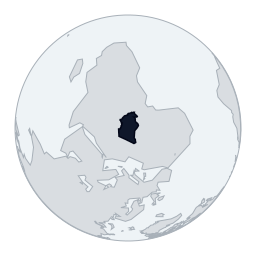 globe centered on Chad, rotated 178°
{"feature_id": "TCD", "entity_name": "Chad", "entity_type": "country or territory", "adm_level": 0, "iso_a3": "TCD", "parent_name": "Africa", "parent_adm1": "", "projection": "orthographic", "projection_center": [18.978, 15.46], "detail": "fine", "context": "on_globe", "style": "filled", "palette": "ink", "viewbox_px": 256, "rotation_deg": 178, "n_neighbors": 0, "source": "natural_earth", "source_scale": "50m", "svg_char_len": 10933}
<svg xmlns="http://www.w3.org/2000/svg" viewBox="0 0 256 256"><g transform="rotate(178 128 128)"><circle cx="128" cy="128" r="113" fill="#eef3f6" stroke="#a8b0b8"/><path d="M100.5,18.8L93.8,20.7L95.3,20.3L91.1,21.8L91.2,22.0L88.6,22.9L91.0,22.4L93.4,21.5L95.2,21.1L95.5,21.2L92.2,22.3L91.6,22.4L90.8,22.8L89.0,23.3L90.1,23.2L86.1,24.6L90.5,23.5L87.7,24.9L84.9,25.9L84.7,25.4L77.7,27.4L74.8,28.8L71.0,30.9L64.9,35.6L61.9,37.5L58.3,40.5L60.1,39.4L63.6,36.8L66.2,35.8L70.2,33.1L71.8,32.5L76.1,30.1L76.0,31.1L73.5,33.4L69.9,35.5L68.8,36.7L72.6,35.3L66.4,40.3L63.0,45.7L61.3,47.2L57.3,48.2L56.2,46.1L50.9,48.8L54.8,47.8L50.6,52.0L50.1,53.1L50.7,53.5L52.5,52.3L51.1,54.1L46.8,55.4L47.9,53.8L49.3,53.3L48.7,52.5L45.7,54.0L43.8,56.3L41.4,57.1L39.9,58.9L38.6,60.3L41.0,57.3L36.7,62.9L33.7,66.4L38.5,59.6L43.9,53.1L49.7,47.0L55.9,41.4L62.6,36.3L69.6,31.7L77.0,27.6L84.6,24.1L92.5,21.1L100.5,18.8ZM17.7,104.9L18.0,104.2L16.8,110.5L17.9,105.7L17.4,109.6L18.7,112.5L18.3,113.7L19.2,123.9L22.2,130.1L22.9,135.5L22.4,138.0L23.9,139.9L23.9,141.8L31.6,148.9L37.0,155.8L37.9,162.4L35.3,168.2L37.6,182.5L34.2,184.5L36.5,190.0L39.2,196.7L36.8,194.0L40.7,199.1L41.6,200.2L36.4,193.5L31.7,186.5L27.6,179.1L24.0,171.4L21.1,163.4L18.7,155.3L17.0,147.0L15.9,138.6L15.4,130.2L15.5,121.7L16.3,113.3L17.7,104.9ZM24.0,84.8L22.5,88.8L22.7,88.1L24.0,84.8ZM28.0,76.2L28.4,75.4L28.2,75.8L28.0,76.2ZM75.8,29.8L75.9,30.0L75.1,30.3L75.8,29.8ZM77.6,28.8L76.6,29.1L77.2,28.6L77.9,28.4L77.6,28.8ZM78.8,28.6L78.6,27.8L79.8,27.1L83.3,25.9L78.8,28.6ZM94.0,21.2L91.5,22.1L93.3,21.3L94.0,21.2ZM94.7,20.8L97.5,19.6L101.3,18.6L99.6,19.1L104.3,17.9L104.8,18.0L102.3,18.7L99.7,19.2L101.9,18.9L94.7,20.8ZM96.1,20.9L96.3,20.6L99.6,19.6L99.8,20.0L98.6,20.2L96.1,20.9ZM105.3,17.7L107.8,17.2L108.9,17.1L110.0,16.9L105.1,17.9L105.3,17.7ZM98.1,20.5L99.8,20.3L98.5,20.9L96.1,21.1L98.1,20.5ZM100.4,19.3L102.0,18.9L101.2,19.2L100.4,19.3ZM94.9,23.5L95.1,22.9L96.8,22.4L94.9,23.5ZM100.5,20.2L100.9,20.0L101.6,19.8L102.5,19.8L100.5,20.2ZM106.2,17.9L106.2,18.0L108.3,17.5L109.2,17.5L105.7,18.3L107.6,18.0L107.9,18.0L104.8,18.6L106.2,17.9ZM105.5,19.3L101.4,20.5L100.6,21.5L99.0,22.0L100.6,20.3L105.5,19.3ZM105.3,18.8L105.0,19.2L103.2,19.5L102.3,19.4L105.3,18.8ZM111.0,17.4L110.5,17.1L111.3,16.9L111.0,17.4ZM105.6,19.4L106.6,19.2L105.7,19.5L105.6,19.4ZM109.8,17.9L109.5,17.7L110.4,17.6L109.8,17.9ZM108.7,18.8L107.4,19.1L106.7,19.1L108.7,18.8ZM109.5,18.3L110.8,18.2L107.3,18.8L109.2,18.3L109.5,18.3ZM110.6,17.8L111.1,17.7L110.6,17.9L110.6,17.8ZM112.1,19.0L107.8,19.9L106.4,19.6L110.6,18.8L112.1,19.0ZM213.2,54.4L213.7,54.9L211.0,51.9L214.2,55.7L216.1,57.9L215.4,56.9L217.1,59.1L218.9,61.5L219.5,62.3L223.9,68.9L227.8,75.8L231.2,82.9L232.8,87.5L233.6,89.5L232.6,88.1L233.9,92.8L237.6,102.6L238.3,105.9L239.1,113.7L238.7,111.3L236.3,107.3L237.6,115.6L239.5,120.7L240.2,128.0L239.5,126.7L238.6,120.4L237.7,118.8L236.7,111.7L233.5,102.3L232.7,105.4L231.5,101.3L227.0,94.3L225.2,98.7L223.1,112.1L224.8,122.9L223.2,128.5L216.2,114.8L212.5,105.0L210.4,106.8L202.9,99.7L191.1,102.0L189.0,99.7L186.9,101.4L181.6,99.6L178.4,95.7L175.3,96.5L183.8,106.9L187.0,106.1L189.3,101.1L191.0,105.0L196.1,107.8L191.7,119.0L173.6,130.9L171.3,123.0L154.8,102.4L155.0,99.9L154.9,99.7L154.7,99.2L153.7,103.3L150.7,99.3L160.1,113.8L161.9,120.3L173.3,131.4L172.4,132.8L175.9,134.9L186.6,130.3L186.8,133.0L182.1,146.3L166.8,164.9L168.6,175.7L167.0,185.0L156.9,191.9L157.2,198.6L151.9,201.4L151.1,205.2L146.5,209.4L139.1,213.4L127.0,213.8L126.7,210.5L121.4,204.1L114.2,187.7L117.7,179.9L116.9,173.7L108.1,159.7L110.0,151.8L107.6,148.4L102.6,149.1L99.7,145.0L96.6,144.8L77.1,146.4L70.9,140.7L63.0,123.7L66.4,117.6L66.6,110.1L89.5,86.7L94.8,88.4L113.3,85.7L115.7,86.6L113.9,92.3L128.2,99.2L132.2,94.3L144.7,97.7L152.7,97.0L154.7,86.2L141.6,87.0L138.9,82.0L149.0,76.9L160.4,76.8L159.7,74.9L152.1,71.0L154.3,67.4L149.4,69.5L151.7,71.3L148.7,72.8L146.5,71.3L147.3,70.0L143.8,69.3L140.5,76.4L142.5,79.0L133.5,80.7L135.9,85.4L133.6,87.7L128.6,80.8L128.8,78.2L120.0,71.1L119.0,73.9L127.3,80.9L124.8,80.4L123.5,84.8L122.6,81.1L113.9,73.2L105.5,75.0L95.4,85.6L90.4,86.4L85.9,84.1L88.9,73.2L99.8,72.8L101.0,69.5L98.3,64.6L101.8,65.1L102.0,63.2L106.1,63.0L111.3,58.7L115.4,58.2L116.9,52.9L119.2,52.1L117.7,55.4L118.7,57.6L128.8,57.2L130.6,56.0L130.8,52.7L133.5,53.2L132.4,50.1L137.9,48.7L130.3,48.0L130.3,44.6L133.3,42.1L131.9,41.0L127.0,45.2L126.2,47.1L127.8,48.9L124.6,54.6L121.3,55.7L119.4,49.6L114.5,50.6L115.2,45.9L128.1,36.5L133.8,34.8L144.2,38.4L143.2,40.3L139.0,39.9L143.4,43.1L142.8,41.5L145.1,42.1L145.6,39.5L147.3,39.8L145.0,36.9L147.1,37.1L148.5,38.9L151.2,35.6L155.3,35.5L155.1,34.7L153.7,33.8L160.0,34.5L159.6,33.9L157.4,33.4L155.1,31.9L153.5,29.7L155.8,30.0L156.6,30.9L161.8,33.4L163.8,36.0L164.6,35.9L163.4,33.9L157.0,30.7L155.5,29.3L158.6,30.5L157.4,29.9L157.3,29.4L159.3,29.2L155.9,27.9L151.9,22.4L155.4,22.1L158.7,23.5L158.3,21.2L162.3,21.7L160.3,21.1L158.7,20.2L157.4,19.9L156.3,19.6L151.7,17.9L152.0,17.9L159.8,19.9L167.4,22.5L174.9,25.6L182.1,29.2L189.0,33.3L195.6,37.9L201.9,43.0L207.8,48.5L213.2,54.4ZM82.2,98.9L81.7,101.1L82.2,98.9ZM172.9,82.3L179.4,82.0L175.5,75.8L177.7,75.2L175.6,73.5L175.2,75.4L170.0,70.6L172.4,68.4L171.1,65.8L168.9,65.8L165.3,70.7L172.8,77.4L171.7,80.2L172.9,82.3ZM18.8,112.5L18.8,114.1L18.5,113.6L18.8,112.5ZM21.4,95.5L21.5,96.7L21.1,96.5L21.4,95.5ZM22.2,90.0L21.4,94.7L20.6,95.0L21.3,92.1L21.3,92.6L22.2,90.0ZM26.4,79.5L26.0,80.1L25.6,81.1L26.1,80.0L26.4,79.5ZM27.8,76.6L28.4,75.5L27.8,76.6ZM50.9,51.9L51.2,51.8L51.3,52.6L50.5,52.9L50.9,51.9ZM56.7,52.6L54.5,55.4L55.5,53.5L53.9,54.3L54.0,51.5L60.5,47.8L57.5,49.8L56.7,52.6ZM56.0,47.2L55.2,49.1L55.9,47.2L56.0,47.2ZM99.2,54.3L100.8,55.4L99.4,57.4L94.3,58.9L96.1,55.8L99.2,54.3ZM103.3,56.6L102.9,50.6L106.1,49.8L104.3,51.2L106.5,51.2L104.3,53.6L107.7,59.0L106.8,61.2L97.8,62.1L101.2,60.4L99.5,59.3L103.3,56.6ZM96.2,39.9L96.1,38.1L103.2,38.5L102.5,40.1L97.3,41.5L95.1,40.3L96.2,39.9ZM84.9,26.9L84.4,26.8L85.3,26.4L86.5,26.2L84.9,26.9ZM94.8,23.3L88.1,27.3L87.2,27.3L84.3,30.0L80.8,31.2L82.7,29.3L77.9,32.4L78.2,31.2L75.2,33.4L79.9,29.0L80.1,28.3L81.3,28.6L84.5,27.5L86.0,26.8L90.1,24.5L92.0,22.7L95.5,21.6L97.5,21.3L97.6,21.6L95.3,22.1L97.1,22.1L93.8,23.2L94.8,23.3ZM118.9,23.2L116.1,23.0L119.2,24.6L115.9,25.0L116.5,25.2L114.3,26.1L112.6,27.6L111.0,27.6L111.0,28.2L109.6,29.0L109.1,29.9L106.1,30.4L105.3,31.5L104.3,31.1L103.7,33.1L102.8,31.9L100.9,33.0L102.7,33.6L88.0,35.7L82.4,38.1L78.3,40.8L77.4,38.8L80.8,35.2L86.3,31.3L91.7,29.6L90.3,29.2L92.5,28.3L92.7,29.0L93.8,27.4L95.6,26.9L100.5,24.5L100.9,23.0L102.7,22.2L103.5,22.5L104.7,21.5L107.4,21.8L108.7,21.3L112.7,21.3L113.4,22.5L114.8,21.9L117.9,22.1L118.9,23.2ZM113.1,19.0L114.7,20.1L113.7,20.9L107.2,20.7L105.7,21.2L101.5,21.4L103.0,20.2L104.1,20.2L105.4,20.0L104.4,20.4L106.3,19.9L107.8,20.0L109.7,19.6L109.7,20.0L113.1,19.0ZM118.1,84.4L119.9,84.7L122.7,84.4L121.9,87.3L118.1,84.4ZM112.0,79.1L113.6,78.7L113.9,82.4L112.0,82.3L112.0,79.1ZM114.3,75.6L113.7,78.4L112.9,76.9L114.3,75.6ZM119.1,54.9L120.8,54.5L121.0,55.3L120.2,56.5L119.1,54.9ZM127.2,29.1L125.8,28.6L126.2,28.3L125.0,26.5L127.3,26.3L129.0,27.2L127.2,29.1ZM152.6,88.2L150.4,90.4L149.2,89.5L150.2,88.9L152.6,88.2ZM135.5,88.9L139.5,90.1L135.3,89.7L135.5,88.9ZM129.5,28.5L128.7,27.8L130.4,28.2L129.5,28.5ZM129.0,26.0L130.9,26.2L127.5,26.0L129.0,26.0ZM185.0,222.2L184.8,223.0L183.5,223.4L185.0,222.2ZM184.8,181.2L176.1,197.8L171.2,198.5L170.9,194.1L174.5,184.3L180.4,180.8L183.4,176.0L184.8,181.2ZM239.6,142.9L239.9,140.7L240.0,140.3L239.6,142.9ZM239.9,140.7L239.5,137.3L236.9,124.7L237.9,124.0L240.2,130.5L240.1,132.2L240.3,135.3L239.9,140.7ZM240.6,127.6L240.6,127.2L240.6,125.5L240.6,127.6ZM225.2,123.7L227.4,129.4L226.3,131.0L225.2,123.7ZM234.7,92.6L234.8,93.7L234.3,92.2L233.7,89.8L234.7,92.6ZM148.3,27.2L147.4,29.7L148.3,31.8L151.2,33.3L146.7,32.6L145.3,29.3L148.3,27.2ZM151.2,22.9L148.7,22.0L150.0,21.9L150.8,22.1L151.2,22.9ZM149.5,22.7L146.0,22.5L144.7,21.7L147.8,22.0L149.5,22.7ZM137.8,25.0L137.4,25.7L136.0,25.3L137.8,25.0ZM155.7,19.6L154.2,19.2L154.8,19.1L155.7,19.6ZM150.6,18.1L151.0,18.4L149.6,17.9L150.6,18.1ZM152.0,19.2L150.7,18.5L153.3,19.4L152.0,19.2Z" fill="#d9dde1" stroke="#a8b0b8" stroke-width="1"/><path d="M137.3,120.0L137.3,120.8L137.3,121.7L137.3,122.6L137.4,123.5L137.4,124.3L137.4,125.2L137.4,126.1L137.4,127.0L137.5,127.3L137.4,127.4L136.9,127.3L136.7,127.3L136.1,127.5L135.8,127.4L135.6,127.6L135.5,127.8L135.6,128.2L135.5,128.4L135.5,128.5L135.4,128.6L135.3,128.8L135.2,128.8L135.1,129.0L135.0,129.3L134.9,129.5L134.6,129.6L134.5,129.8L134.6,130.0L134.6,130.3L134.8,130.4L134.8,130.5L134.7,130.6L134.4,130.8L134.1,131.0L134.0,131.4L134.1,131.6L134.2,131.9L134.2,132.0L134.2,132.3L133.8,132.6L133.6,132.8L133.5,133.1L133.5,133.3L133.8,133.4L134.0,133.4L134.5,133.5L134.5,133.8L134.6,134.1L134.7,134.5L134.9,134.7L134.9,134.8L134.9,135.4L135.0,135.6L135.2,135.8L135.3,135.8L135.5,135.9L135.6,136.0L135.6,136.3L135.6,136.6L135.5,136.8L135.4,136.8L135.2,136.8L135.0,136.7L134.8,136.7L134.5,136.8L134.3,136.9L134.2,137.0L133.9,137.1L133.4,137.4L133.3,137.5L133.3,137.8L133.3,138.0L133.2,138.1L133.0,138.3L132.9,138.3L132.7,138.7L132.6,138.8L132.4,138.7L131.9,139.3L131.7,139.6L131.5,139.9L131.3,140.0L131.2,140.1L130.6,140.4L130.1,140.4L129.9,140.5L129.7,140.6L129.3,140.6L129.2,140.6L128.8,140.7L128.3,140.6L128.1,140.7L128.0,140.8L127.8,140.9L127.8,141.0L128.2,141.2L128.3,141.3L128.2,141.5L127.9,141.8L127.6,142.1L127.4,142.2L127.3,142.3L127.2,142.5L126.6,142.6L126.0,142.6L125.6,142.7L125.4,142.6L125.1,142.8L124.9,142.8L124.6,143.0L124.4,143.2L123.9,143.3L123.8,143.5L123.7,143.5L123.5,143.3L123.3,143.1L123.3,142.9L123.2,142.9L123.0,143.0L122.9,143.2L122.6,143.3L122.3,143.4L122.1,143.5L121.9,143.6L121.6,143.6L121.4,143.5L121.2,143.5L121.3,143.3L121.3,143.2L121.2,142.9L120.9,142.4L120.8,141.9L120.5,141.5L120.2,141.2L119.9,141.0L119.8,140.9L119.4,140.5L119.0,140.2L118.9,140.0L118.7,139.8L118.5,139.5L118.4,139.4L118.3,139.2L118.5,139.0L118.6,138.8L118.8,138.7L119.1,138.7L119.5,138.7L120.0,138.8L120.4,138.7L120.6,138.7L120.9,138.7L121.3,138.7L121.6,138.7L121.3,138.5L121.1,138.2L120.8,138.0L120.7,137.7L120.6,137.4L120.5,137.0L120.4,136.5L120.4,136.2L120.6,135.6L120.5,135.4L120.5,135.0L120.5,134.9L120.3,134.5L120.1,134.2L120.1,133.7L119.9,133.4L119.7,133.3L119.5,133.1L119.5,132.8L119.4,132.7L118.9,132.6L118.6,132.6L118.4,132.2L118.0,131.8L117.8,131.3L117.6,130.5L117.5,130.0L117.6,129.8L117.9,129.5L118.2,128.9L118.9,127.9L119.3,127.3L120.0,126.6L120.9,125.6L121.4,125.1L121.5,124.1L121.6,123.1L121.7,122.3L121.8,121.4L121.9,120.6L121.9,120.0L122.0,119.2L122.4,118.5L122.4,118.4L121.9,117.7L121.7,117.3L121.8,117.2L121.3,116.3L121.1,116.2L121.1,115.9L121.1,115.3L120.9,114.3L120.8,113.2L121.4,112.9L122.0,112.6L122.6,112.3L123.2,112.6L124.0,113.1L124.9,113.6L125.8,114.0L126.6,114.5L127.5,115.0L128.4,115.4L129.3,115.9L130.1,116.4L131.0,116.8L131.9,117.3L132.8,117.7L133.7,118.2L134.6,118.6L135.5,119.1L136.4,119.5L137.3,120.0Z" fill="#0f172a" stroke="#020617" stroke-width="1.5"/></g></svg>